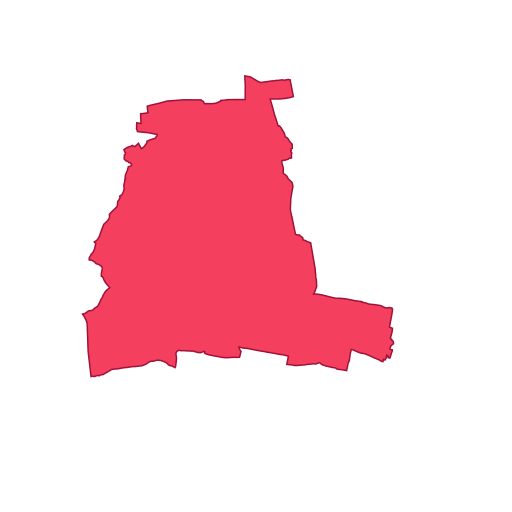 Lipovat, Vaslui, Romania (orthographic projection), rotated 293°
{"feature_id": "2599482B42630334171019", "entity_name": "Lipovat", "entity_type": "district", "adm_level": 2, "iso_a3": "ROU", "parent_name": "Romania", "parent_adm1": "Vaslui", "projection": "orthographic", "projection_center": [27.694, 46.559], "detail": "fine", "context": "isolated", "style": "filled", "palette": "rose", "viewbox_px": 512, "rotation_deg": 293, "n_neighbors": 0, "source": "geoboundaries", "source_scale": "gbopen_adm2", "svg_char_len": 6112}
<svg xmlns="http://www.w3.org/2000/svg" viewBox="0 0 512 512"><g transform="rotate(293 256 256)"><path d="M260.4,402.5L260.4,402.0L261.2,401.6L261.1,400.9L260.8,400.1L260.8,399.5L260.7,398.8L260.1,398.1L259.2,396.6L258.9,394.9L258.9,392.9L258.9,392.2L259.1,391.8L259.0,389.7L258.6,388.2L258.5,387.7L257.5,384.0L257.3,383.1L257.1,382.7L256.3,380.2L255.7,377.6L255.8,376.2L255.5,373.9L254.8,371.8L254.7,371.1L254.9,370.9L255.3,371.0L255.1,370.2L253.5,364.4L253.0,361.8L252.3,358.8L252.2,357.6L251.1,353.6L250.1,350.4L248.3,346.0L247.4,341.2L246.7,336.6L245.9,331.5L245.0,327.8L244.5,326.5L244.1,325.2L243.9,324.7L243.5,324.1L243.5,323.9L244.0,324.2L251.5,323.8L252.1,323.6L253.6,322.8L255.6,321.9L257.4,321.0L260.2,319.0L261.8,318.4L265.6,316.3L267.1,315.6L289.6,301.1L289.3,298.1L289.5,295.1L289.3,292.9L291.0,292.0L291.4,290.8L291.8,288.7L292.2,288.2L292.3,287.8L291.8,286.2L291.4,285.6L291.5,283.8L302.9,275.9L304.1,275.2L304.3,274.7L305.8,274.1L305.9,273.7L311.4,269.9L313.1,269.1L322.8,265.5L329.1,264.0L333.3,263.1L335.0,262.5L337.5,260.7L337.9,260.1L338.5,258.7L339.6,255.6L341.6,253.2L342.0,252.2L342.6,249.1L342.8,248.8L344.5,248.0L347.0,247.1L349.1,245.7L350.5,244.4L352.1,243.3L353.6,242.6L354.5,243.2L354.9,244.4L357.6,247.8L359.2,248.4L359.6,249.9L360.1,250.4L364.1,248.6L364.6,248.8L365.1,248.5L365.7,247.3L367.0,247.2L367.8,246.3L368.1,246.3L369.2,247.3L369.7,247.3L370.9,246.6L372.6,245.9L373.2,245.4L373.9,243.5L375.4,241.0L376.5,239.6L376.9,238.9L377.2,236.2L378.9,235.1L380.2,233.9L382.2,231.2L382.6,230.9L382.7,230.5L384.3,228.2L384.9,226.9L384.9,226.5L384.3,225.7L394.1,217.2L399.7,212.9L405.3,208.3L406.1,207.8L409.9,216.7L412.4,221.2L415.4,225.8L417.4,228.1L429.5,219.9L431.5,218.7L431.1,216.6L430.0,215.1L428.9,213.3L428.6,212.5L428.6,211.8L428.2,210.9L426.1,207.4L425.6,206.0L424.5,204.6L423.3,202.1L417.7,192.8L417.4,191.1L417.6,188.8L418.6,181.2L418.6,180.4L417.4,175.3L408.7,179.5L395.8,184.9L389.4,170.0L388.3,167.8L387.7,167.1L385.4,162.7L384.6,163.1L383.8,162.0L381.5,160.0L381.0,159.3L380.2,158.1L378.8,155.5L377.5,152.2L376.2,149.3L376.2,148.8L377.7,147.2L377.8,145.1L378.2,144.6L378.0,143.8L371.4,128.2L364.1,114.0L363.3,112.8L359.4,108.0L354.1,100.7L351.4,97.3L345.6,100.6L342.9,96.1L341.8,94.2L333.0,98.4L332.1,94.2L329.0,95.2L328.8,95.6L327.4,96.0L326.9,96.0L324.2,98.3L326.1,104.7L327.3,108.1L329.2,117.5L328.6,117.9L328.1,117.9L325.4,117.2L324.6,116.8L321.9,113.5L319.1,110.8L317.1,111.3L312.5,110.1L310.0,108.6L313.8,103.7L311.3,102.7L309.2,101.5L309.5,99.1L309.3,98.7L307.8,97.7L306.6,96.0L305.1,94.6L304.0,94.0L302.5,92.9L302.2,92.9L300.5,94.5L300.1,95.5L299.7,95.7L298.2,95.8L297.6,95.4L297.4,95.4L296.2,95.9L294.4,96.4L293.6,97.0L292.7,99.4L292.9,100.8L292.8,101.4L292.2,102.6L292.3,102.9L292.6,103.1L292.7,103.7L292.5,104.3L292.1,104.6L292.0,105.4L291.4,105.9L290.5,106.0L289.9,105.5L288.1,103.5L287.2,103.9L286.2,103.8L285.0,104.2L280.5,104.1L279.3,104.2L276.5,105.1L276.5,105.7L276.3,105.7L275.1,105.4L273.2,106.0L269.5,106.7L266.5,108.3L265.1,108.6L263.0,108.8L260.5,108.7L259.8,108.5L258.3,107.3L257.5,107.3L256.5,108.1L253.5,107.8L252.9,107.5L252.1,107.5L250.4,107.9L249.2,108.3L248.6,108.7L246.6,108.6L240.1,105.8L237.3,104.8L236.7,104.9L234.5,106.0L233.9,106.1L231.3,105.8L229.3,105.1L225.8,103.5L221.8,103.6L212.7,104.1L210.7,103.9L209.2,103.6L207.8,103.1L207.0,102.5L206.0,101.6L205.6,101.7L205.5,102.0L205.0,103.6L199.7,104.6L196.4,104.6L194.0,104.0L193.3,103.8L193.1,103.5L192.5,103.7L189.5,103.2L187.4,103.8L187.2,104.0L187.9,106.6L187.8,107.4L187.4,109.7L187.2,110.3L186.5,111.6L186.7,114.8L186.0,118.2L184.8,119.2L184.3,119.5L181.6,120.0L178.8,120.7L178.2,121.1L177.0,121.4L176.9,122.7L176.7,123.1L176.3,123.7L174.0,126.0L172.4,128.3L169.7,133.8L165.7,131.6L163.6,131.1L160.3,130.6L157.2,130.7L155.3,130.2L152.4,130.3L147.9,129.9L144.5,127.6L142.9,127.2L141.8,126.1L140.0,123.3L139.4,122.8L136.7,121.4L134.7,119.0L133.4,121.2L130.1,125.2L128.7,126.1L128.2,126.8L102.5,138.8L80.5,151.3L81.4,152.2L81.7,153.2L81.8,154.0L82.1,154.6L84.0,156.6L84.2,157.1L84.3,158.1L84.6,158.6L85.4,158.9L85.9,159.5L87.1,161.6L89.5,163.2L90.4,164.1L92.4,165.5L95.5,167.7L95.7,168.6L96.4,169.4L98.2,173.0L100.3,176.1L102.1,179.0L102.9,180.7L105.8,185.3L107.1,188.2L109.0,191.4L110.4,193.9L112.1,195.7L114.3,197.6L115.8,198.4L117.9,200.2L119.3,203.0L121.0,205.0L121.9,206.6L122.5,209.0L122.8,211.5L122.8,214.1L122.3,216.6L121.5,217.9L121.5,219.8L121.8,221.0L121.8,222.6L121.6,225.1L123.0,225.1L128.8,223.5L131.1,222.7L134.8,220.4L135.9,220.3L136.9,220.4L138.2,220.9L139.1,222.1L139.7,224.4L140.7,226.6L142.3,231.3L142.8,232.0L143.0,233.3L143.8,234.9L144.3,239.0L144.6,240.6L145.4,242.9L147.9,245.4L148.0,246.1L147.1,246.3L146.5,246.7L146.3,247.4L146.5,250.6L147.5,255.8L148.5,259.9L148.9,262.1L149.7,265.3L150.6,268.1L154.0,275.0L155.7,279.2L156.4,280.4L162.3,279.5L163.3,277.9L164.3,276.9L165.5,275.8L166.4,280.7L167.1,282.6L167.8,285.3L168.8,290.3L170.6,298.5L170.7,298.8L171.3,300.9L171.7,303.4L173.3,309.8L174.6,316.0L175.4,318.7L176.0,321.5L176.0,322.2L176.5,324.7L176.3,325.0L168.2,326.7L170.0,332.4L170.3,334.4L171.6,337.3L172.6,339.0L173.2,340.4L174.1,341.9L175.1,343.9L176.1,345.3L177.8,348.6L179.2,350.9L179.9,353.1L180.4,353.8L182.2,355.5L182.6,356.0L182.4,357.4L181.9,358.4L181.8,359.1L181.8,361.0L182.0,361.9L182.0,362.9L183.1,369.3L184.0,373.0L183.9,373.4L183.6,374.1L183.6,375.0L184.0,376.6L185.1,380.2L185.9,384.2L191.1,383.2L192.3,382.8L193.9,382.7L196.1,382.8L202.1,381.1L204.7,380.7L206.6,380.3L207.3,380.3L207.5,381.4L207.4,386.9L207.6,390.6L208.5,393.9L208.6,396.3L208.6,400.1L208.4,403.9L208.5,406.7L208.4,410.4L208.1,412.3L208.1,413.2L208.4,414.2L210.2,413.6L210.7,413.7L210.7,414.0L210.2,414.2L210.4,414.8L211.0,415.6L211.9,415.4L212.4,415.8L215.7,415.0L216.0,416.0L214.8,416.3L214.9,417.3L214.1,417.4L214.3,419.1L216.8,419.0L219.1,418.6L221.3,418.6L222.9,418.2L222.5,416.2L222.8,415.5L223.5,415.4L225.4,415.3L226.3,415.5L227.7,416.1L229.0,416.9L230.7,416.0L231.4,414.8L231.6,413.8L232.2,413.6L232.4,413.2L232.5,411.9L239.4,410.9L242.8,409.9L242.7,408.2L242.8,406.6L255.2,403.9L260.4,402.5Z" fill="#f43f5e" stroke="#9f1239" stroke-width="1.5"/></g></svg>